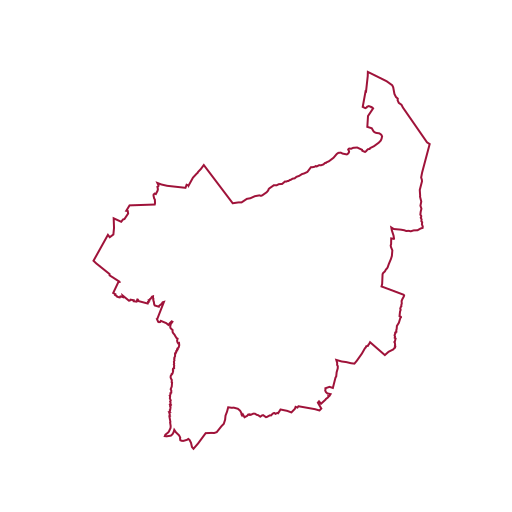 Huamantla, Tlaxcala, Mexico, rotated 190°
{"feature_id": "50627088B18788314814014", "entity_name": "Huamantla", "entity_type": "district", "adm_level": 2, "iso_a3": "MEX", "parent_name": "Mexico", "parent_adm1": "Tlaxcala", "projection": "robinson", "projection_center": [-97.937, 19.323], "detail": "fine", "context": "isolated", "style": "outline", "palette": "rose", "viewbox_px": 512, "rotation_deg": 190, "n_neighbors": 0, "source": "geoboundaries", "source_scale": "gbopen_adm2", "svg_char_len": 6085}
<svg xmlns="http://www.w3.org/2000/svg" viewBox="0 0 512 512"><g transform="rotate(190 256 256)"><path d="M365.8,310.8L364.2,308.5L364.3,307.7L365.1,307.0L364.2,304.8L364.3,303.1L365.4,299.6L366.6,299.9L367.5,298.8L367.4,297.6L366.3,295.0L365.4,294.0L364.6,290.4L364.7,289.1L389.3,283.9L391.6,278.0L390.1,278.0L389.3,275.6L392.0,269.5L393.3,268.9L394.7,266.3L402.7,268.4L400.7,259.0L400.2,252.4L403.3,249.1L405.5,251.1L415.2,223.1L412.1,221.0L397.1,212.8L396.8,211.5L386.0,207.0L385.9,206.8L387.0,206.5L390.2,194.8L387.8,193.9L388.0,193.1L385.9,192.2L385.7,191.8L383.4,191.5L382.9,191.6L382.6,192.6L382.3,192.7L380.0,192.4L380.6,194.0L373.3,189.9L372.3,190.4L372.0,191.2L368.7,191.2L368.6,190.2L365.7,190.3L365.3,192.6L364.9,192.6L364.6,192.3L365.2,191.3L354.4,190.4L354.3,191.2L353.8,191.9L354.3,192.4L353.3,193.4L353.8,194.0L353.2,194.3L353.0,195.1L352.4,195.5L351.3,197.9L350.4,198.4L350.2,196.9L349.7,196.3L349.8,195.6L349.4,195.0L349.3,194.1L348.8,193.5L347.8,190.6L347.1,189.7L342.9,189.2L342.8,190.0L340.6,192.5L339.9,194.2L338.7,194.8L342.3,176.9L342.6,176.7L340.9,174.2L340.1,174.0L339.0,174.3L338.5,175.6L332.7,174.3L330.3,172.9L329.8,173.8L329.6,173.7L329.3,174.8L327.7,177.0L326.9,176.7L328.2,174.0L328.2,171.3L327.5,170.0L325.3,168.6L325.0,166.8L324.2,165.7L322.6,164.4L321.4,162.9L319.9,161.3L318.9,161.0L319.0,158.8L318.2,157.2L317.4,156.4L316.7,156.9L316.1,154.9L316.3,152.4L317.3,151.3L316.9,150.7L317.5,150.1L317.2,149.2L318.1,148.5L317.9,147.4L318.2,147.1L318.2,146.2L318.8,146.0L318.3,143.2L318.8,141.4L318.5,140.9L318.7,140.2L318.2,139.2L318.5,137.6L317.9,135.8L318.1,135.0L317.5,133.8L317.5,132.1L317.1,131.4L317.2,131.1L318.1,130.6L318.1,129.2L317.6,128.5L317.8,126.1L318.0,125.4L318.5,125.2L318.4,124.6L319.1,123.5L319.1,121.9L318.5,120.6L317.4,119.3L317.1,117.0L316.7,116.8L316.3,112.8L316.9,110.0L316.1,108.9L315.7,106.7L316.5,106.0L316.2,105.5L316.4,103.8L316.7,103.5L316.2,102.8L316.1,100.8L314.9,99.0L315.3,97.7L314.8,97.2L314.7,95.5L314.3,95.2L314.9,94.7L314.3,94.1L314.6,94.0L314.6,93.3L313.9,92.1L313.8,90.1L314.1,89.5L313.8,88.9L314.2,87.6L313.9,87.4L314.4,87.2L313.9,86.7L314.1,86.4L313.4,85.1L313.5,83.7L313.0,83.4L313.4,82.9L311.5,77.7L311.7,77.2L310.5,73.7L310.3,71.8L311.3,68.0L311.9,66.9L314.2,64.3L314.5,62.8L312.7,62.9L308.6,64.3L307.3,66.0L306.6,68.0L306.3,70.6L304.3,68.5L300.6,66.0L299.1,64.0L299.1,63.0L298.5,61.4L297.1,61.1L295.4,61.3L292.0,63.0L290.9,64.1L289.5,63.3L287.6,60.8L285.9,56.8L284.1,55.3L280.5,61.3L274.8,72.8L268.9,74.1L266.5,74.4L264.1,75.7L260.4,82.5L258.6,85.1L258.0,89.4L258.3,93.5L257.5,97.7L257.1,102.2L253.5,102.3L251.6,102.8L247.3,102.4L244.8,100.9L243.3,99.1L242.7,97.3L242.0,96.5L241.4,97.7L239.3,95.2L236.9,97.1L236.2,98.5L234.8,99.0L234.1,98.9L234.2,98.5L233.7,98.6L231.4,100.2L230.7,100.4L229.6,100.5L227.7,99.7L226.2,99.6L223.9,98.5L222.3,100.1L221.3,100.5L218.2,99.0L217.3,99.4L214.8,101.4L213.5,101.6L212.2,103.6L211.2,104.4L210.5,104.6L209.5,103.9L207.6,105.2L206.9,105.0L205.2,109.1L198.4,108.9L194.0,108.1L191.2,112.2L190.8,114.3L188.9,113.9L188.1,115.4L171.4,115.4L166.7,114.9L165.2,117.1L169.6,122.3L168.7,123.8L166.3,121.8L162.6,126.6L162.3,127.4L160.8,128.9L160.2,129.9L160.4,130.6L159.8,130.5L159.4,130.9L158.6,132.9L162.0,133.1L163.6,134.2L164.5,135.6L164.4,136.6L164.7,137.8L160.9,139.9L157.4,139.4L156.6,150.1L156.1,151.3L156.4,155.5L156.0,159.6L156.3,161.7L157.2,162.8L157.5,164.8L158.9,167.6L153.3,167.0L148.5,167.2L143.9,166.9L140.4,167.1L138.6,170.2L134.8,178.2L132.7,184.1L132.0,185.0L131.8,186.2L130.0,187.1L129.9,188.2L129.3,189.0L128.7,190.9L111.9,180.8L108.8,184.7L104.5,187.9L104.1,188.9L103.2,189.8L103.1,191.2L103.6,191.4L103.6,192.8L104.2,194.7L104.8,195.3L104.4,195.9L104.2,199.0L105.2,199.5L105.1,200.8L105.8,202.0L105.5,203.4L105.6,204.6L105.2,204.7L105.2,205.3L104.6,205.7L105.0,207.4L104.8,208.5L105.1,211.6L103.7,215.1L103.1,220.1L102.6,220.8L102.8,221.3L104.2,221.7L104.5,226.3L104.2,228.1L104.8,229.1L104.6,230.8L104.1,231.8L104.4,232.8L104.2,234.5L104.8,237.0L104.4,238.9L103.4,241.8L103.3,243.0L104.0,243.5L127.1,247.8L126.9,250.3L128.2,260.1L127.8,261.4L126.4,263.2L125.7,265.3L124.9,266.4L124.4,267.6L123.8,271.2L122.6,276.5L122.2,279.6L122.7,285.2L124.6,288.2L125.2,289.8L125.0,291.1L125.9,296.8L123.2,296.8L123.1,297.1L124.1,300.0L126.7,304.9L127.7,307.6L125.0,306.5L118.0,307.1L114.5,307.1L112.4,306.7L110.0,307.3L107.9,307.2L105.2,308.6L101.4,309.4L98.6,311.7L96.8,312.6L96.9,314.0L98.1,316.0L98.2,318.1L99.2,319.0L99.3,320.8L100.4,322.3L100.1,323.2L100.3,324.2L101.3,325.2L101.5,328.2L101.3,331.3L102.8,334.1L102.7,338.3L104.8,343.0L104.8,343.8L106.2,349.5L105.5,358.4L105.9,359.9L107.0,362.0L106.9,367.1L104.4,396.4L107.3,397.6L137.1,427.7L139.0,430.2L142.0,431.6L143.6,434.0L143.7,435.6L145.8,436.9L147.8,439.6L150.2,446.0L151.5,447.8L157.7,450.8L177.8,456.7L177.2,452.5L176.2,437.1L176.7,437.2L176.8,421.4L174.0,420.6L172.9,421.4L172.5,422.3L171.0,423.2L168.3,422.8L168.2,422.5L167.2,422.4L166.3,421.7L170.0,413.3L168.8,402.5L164.2,401.9L161.9,399.2L160.8,398.5L159.1,398.1L155.8,398.2L153.7,397.2L152.6,395.7L152.7,393.3L153.2,391.3L154.8,388.9L158.9,384.6L162.3,382.1L162.7,381.1L164.3,380.6L165.2,379.4L165.7,378.4L166.7,377.4L169.6,378.1L170.0,379.0L175.2,380.4L179.1,379.4L181.0,378.1L182.5,378.1L183.3,377.7L183.7,376.8L182.5,375.3L182.5,374.0L183.6,372.2L184.3,371.8L188.5,371.9L190.5,372.5L192.8,371.9L194.2,370.5L196.7,366.2L200.7,361.9L203.0,360.4L203.3,359.8L204.2,359.6L205.5,357.9L207.8,356.6L209.6,356.4L211.8,354.7L212.7,355.0L213.7,354.1L215.9,353.2L217.3,353.0L220.0,347.7L223.0,345.6L224.9,344.7L227.4,342.4L229.9,341.0L231.4,339.2L233.4,338.5L235.2,336.9L235.8,336.8L237.1,335.5L238.0,335.3L239.2,334.5L240.4,334.4L242.8,331.5L246.0,330.7L248.0,329.2L250.7,328.8L254.7,324.8L255.2,323.9L255.4,322.6L256.6,320.6L260.4,316.8L261.6,316.1L263.2,316.3L267.5,314.7L271.6,311.9L274.9,310.7L279.5,306.3L282.4,305.8L288.1,303.9L323.2,336.5L325.4,332.1L327.6,328.8L328.0,327.6L328.6,327.0L331.7,322.2L334.6,313.7L334.7,313.9L335.0,313.7L336.7,314.1L337.3,310.9L355.7,309.7L361.6,310.0L365.8,310.8Z" fill="none" stroke="#9f1239" stroke-width="2"/></g></svg>